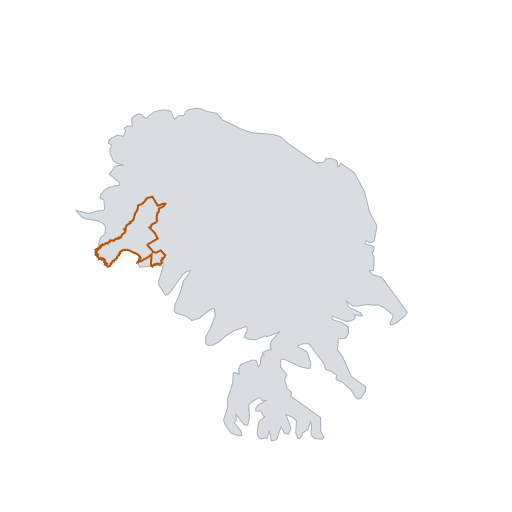 location of Norðurþing, Norðurland eystra, Iceland, rotated 232°
{"feature_id": "244011B18729557885943", "entity_name": "Norðurþing", "entity_type": "district", "adm_level": 2, "iso_a3": "ISL", "parent_name": "Iceland", "parent_adm1": "Norðurland eystra", "projection": "orthographic", "projection_center": [-16.378, 66.009], "detail": "fine", "context": "in_parent", "style": "outline", "palette": "amber", "viewbox_px": 512, "rotation_deg": 232, "n_neighbors": 0, "source": "geoboundaries", "source_scale": "gbopen_adm2", "svg_char_len": 9339}
<svg xmlns="http://www.w3.org/2000/svg" viewBox="0 0 512 512"><g transform="rotate(232 256 256)"><path d="M371.8,155.4L375.6,155.6L381.7,152.7L390.4,144.3L394.1,142.5L402.7,142.2L392.5,150.4L388.8,159.2L386.0,163.6L386.1,165.5L393.6,170.6L397.1,168.8L398.6,169.4L400.1,171.9L401.2,176.8L400.7,181.9L398.7,187.2L395.9,191.6L396.3,192.9L398.7,193.5L410.9,190.6L412.5,196.9L413.6,198.9L413.4,201.1L408.7,208.0L414.3,203.6L418.8,202.2L426.7,204.1L430.0,206.4L432.1,210.7L435.9,209.1L437.8,211.5L438.0,214.2L436.5,221.4L432.0,225.2L435.0,230.3L437.4,230.4L437.9,231.5L437.7,234.6L434.3,238.4L440.4,242.2L441.2,243.7L441.1,248.3L440.2,251.0L438.4,252.6L434.1,253.1L431.5,254.9L432.5,257.7L432.0,265.6L428.8,272.1L425.7,275.7L422.6,278.0L413.8,275.8L414.3,281.3L411.3,284.8L412.0,287.7L413.1,289.1L412.7,292.8L408.9,300.4L406.1,303.0L400.4,306.1L392.4,313.1L384.1,313.2L363.7,323.3L355.6,328.7L341.0,344.7L334.8,348.8L324.3,350.7L292.2,360.7L288.5,366.9L288.2,368.2L289.6,370.7L287.1,375.1L282.1,378.2L279.9,378.0L275.9,375.3L275.4,376.5L276.9,379.9L261.0,384.8L239.3,381.0L220.4,372.4L205.2,369.9L195.2,358.5L195.0,356.8L196.3,353.6L200.3,352.5L198.7,349.1L191.8,354.3L189.8,354.0L187.2,351.5L187.2,349.3L181.9,348.0L173.1,340.5L172.6,338.9L175.0,336.8L174.6,336.4L169.5,336.3L161.8,342.0L118.4,340.6L117.2,337.1L116.7,324.7L118.7,319.6L120.4,320.3L124.7,327.8L136.6,325.0L141.5,322.8L146.4,316.5L149.0,314.5L153.3,306.3L157.2,301.4L164.6,299.5L158.3,297.5L147.0,303.4L143.4,303.1L145.3,300.2L149.3,297.2L146.8,296.7L146.0,295.2L146.1,292.0L148.5,287.0L161.8,279.0L159.0,277.0L149.7,283.2L143.1,285.1L138.3,281.4L136.2,276.9L136.5,275.1L140.0,269.9L139.6,268.8L137.6,268.1L132.6,262.5L123.7,262.2L102.4,257.0L85.3,262.0L81.7,258.3L79.3,251.1L80.3,248.5L83.3,247.3L91.2,248.4L103.3,246.5L109.1,243.1L111.0,244.3L111.8,246.4L119.3,244.1L123.5,241.0L129.8,243.3L154.3,243.7L157.8,239.3L159.6,233.9L159.1,232.7L149.8,237.0L147.7,236.8L137.7,233.1L134.3,229.7L135.7,227.4L141.7,222.6L156.3,215.1L158.4,213.5L158.7,211.4L153.6,207.1L143.2,207.2L141.0,202.5L132.7,199.0L126.8,200.1L124.1,197.1L88.9,207.4L78.8,199.6L71.2,197.5L70.8,195.4L76.1,189.8L79.3,189.1L82.3,190.1L87.7,195.1L91.7,196.9L87.3,190.0L87.8,183.9L86.4,182.1L85.3,177.9L86.1,176.7L92.1,178.3L101.1,186.4L106.0,185.7L112.8,182.0L99.1,177.8L95.5,171.8L98.9,169.3L106.0,170.5L99.1,160.1L98.9,158.3L100.8,154.3L110.3,159.1L105.7,152.9L105.7,151.6L107.3,150.8L108.5,147.4L111.2,146.3L116.0,148.0L123.1,155.4L124.0,157.4L123.7,164.0L126.8,163.3L130.4,164.6L133.9,160.4L135.9,161.7L137.2,165.9L136.1,174.7L138.5,171.9L142.2,172.0L143.5,164.7L143.3,158.8L132.1,150.9L128.0,145.5L128.7,143.9L131.1,142.7L143.6,142.7L138.6,139.3L137.6,136.2L128.1,136.4L123.5,134.7L123.6,133.2L125.7,131.2L131.8,127.2L142.6,127.9L146.8,129.6L154.2,140.4L160.5,145.1L170.5,159.7L177.3,165.5L177.6,166.8L176.2,168.3L173.3,169.9L177.4,172.6L179.7,176.4L179.8,177.9L176.5,188.7L173.5,192.0L166.9,189.4L168.3,193.0L172.8,197.1L173.7,199.3L172.8,201.3L175.2,200.8L175.8,202.1L174.3,208.2L172.9,210.4L176.8,212.0L179.4,215.3L181.8,228.1L184.4,218.6L185.6,215.1L187.4,213.9L190.1,204.2L195.1,198.7L199.4,196.9L203.4,204.0L206.5,204.9L210.5,193.0L211.5,184.2L211.2,174.3L212.2,167.4L214.6,163.3L217.5,162.2L223.2,166.7L227.7,176.7L234.7,187.7L239.9,190.6L240.8,190.3L241.9,186.9L241.8,173.0L244.6,165.7L250.9,164.2L260.6,157.8L262.8,157.6L267.2,161.7L275.1,176.0L280.8,182.7L283.6,193.2L285.0,195.2L286.4,192.0L286.6,187.4L280.1,165.7L280.1,162.7L280.8,160.4L293.7,161.9L296.5,164.4L305.2,176.8L309.7,171.9L318.7,157.5L321.7,158.0L329.0,164.0L332.0,163.5L340.7,158.2L342.6,151.5L339.0,137.7L340.5,134.9L348.5,131.5L357.1,132.1L366.1,144.8L366.5,150.8L371.8,155.4Z" fill="#d9dde1" stroke="#a8b0b8" stroke-width="1"/><path d="M359.8,140.2L359.3,140.0L359.1,140.2L358.7,140.0L358.7,139.5L359.3,138.8L358.7,138.3L358.6,138.5L358.4,138.4L358.4,138.2L358.7,138.1L358.7,137.6L358.4,137.3L358.3,137.2L358.4,136.9L358.6,136.8L358.7,137.0L359.0,137.0L359.0,136.8L359.0,136.5L358.6,136.6L358.7,136.3L358.7,136.1L358.4,135.6L359.2,135.2L359.4,135.3L359.6,134.9L359.4,134.8L359.1,134.9L358.9,134.4L359.1,134.6L359.7,134.3L360.0,134.6L359.7,134.2L359.2,134.5L359.0,134.4L358.8,134.2L359.0,133.8L359.3,133.5L358.7,133.4L358.6,133.2L358.1,133.6L357.8,133.5L357.7,133.2L357.8,132.9L357.9,132.7L358.1,132.6L358.1,132.2L357.9,132.1L357.6,132.4L357.9,132.7L357.9,132.8L357.4,132.7L357.5,132.6L357.3,132.4L357.5,132.4L357.5,131.9L356.8,132.0L356.4,131.8L356.3,131.1L355.8,130.3L355.6,130.3L355.6,131.0L355.4,131.4L355.1,131.5L354.6,131.1L354.4,131.2L354.4,131.3L354.5,131.2L355.0,131.5L354.6,131.5L354.5,132.2L354.4,132.3L354.2,132.0L354.3,131.8L354.1,131.9L353.9,131.6L353.8,131.4L353.7,131.2L353.5,131.3L353.3,131.3L353.0,131.1L352.7,130.6L352.3,130.7L351.5,130.6L350.5,130.9L350.3,130.8L350.3,130.4L350.2,130.3L350.1,130.6L349.9,131.0L350.0,131.3L349.9,131.6L349.9,132.0L349.5,132.9L349.3,133.1L348.8,133.1L349.1,133.2L348.8,133.4L348.4,132.6L348.7,132.5L348.7,132.3L348.4,132.2L348.2,132.5L348.5,132.8L348.4,133.1L348.1,133.4L348.4,133.7L348.2,133.9L347.3,134.3L346.8,134.2L346.4,134.6L345.7,134.4L345.7,134.1L345.6,133.8L345.6,133.5L345.2,133.3L344.9,132.7L344.6,132.6L343.8,132.6L343.7,132.9L343.8,133.1L343.3,133.1L343.1,133.4L343.2,133.5L342.7,133.6L342.6,133.4L342.5,133.2L342.6,132.9L342.6,132.7L342.8,132.4L342.3,132.0L342.3,131.8L340.9,132.3L341.1,132.5L341.1,133.0L340.5,132.5L339.6,132.9L338.9,132.6L338.7,133.2L338.2,134.1L338.2,134.5L338.0,135.0L338.5,135.5L338.6,135.8L338.9,136.0L339.0,136.5L338.9,137.0L339.1,137.1L339.0,137.4L339.4,137.8L339.7,139.0L340.3,140.1L340.1,140.4L339.8,140.4L339.7,140.3L339.4,140.5L339.6,140.7L339.6,141.0L339.9,141.4L339.9,141.9L340.1,142.2L340.1,142.5L339.7,143.1L340.0,143.2L340.2,143.6L340.0,144.0L340.0,144.3L339.9,144.7L340.0,144.9L340.0,145.3L340.7,145.9L340.7,146.4L341.0,146.7L340.9,147.1L341.1,147.6L341.1,148.2L341.0,148.4L341.3,148.6L341.2,149.0L341.3,149.2L341.8,149.3L342.0,149.9L342.4,150.2L342.4,150.6L342.2,150.8L342.6,151.1L343.0,151.5L342.9,152.4L342.6,152.8L342.6,153.2L342.7,154.2L342.7,154.5L342.2,155.5L341.8,156.0L341.3,156.3L341.3,156.6L341.4,156.8L340.2,158.3L338.0,159.8L333.3,161.9L331.7,163.0L329.9,163.7L328.0,164.2L325.8,164.0L325.4,163.8L325.3,163.6L325.4,163.1L325.4,162.7L324.4,161.2L324.5,160.9L324.1,159.4L324.2,159.2L323.9,158.6L322.7,162.5L322.0,167.4L321.6,168.6L321.6,174.8L314.4,168.3L313.8,168.2L313.7,167.9L313.0,167.5L312.4,167.4L311.6,167.7L312.0,168.3L311.9,168.7L311.9,168.8L311.8,169.2L311.5,169.7L311.7,170.1L311.6,170.4L312.1,170.1L312.2,170.3L312.2,170.7L311.8,171.3L310.9,172.0L311.0,172.3L310.7,172.8L311.0,173.1L310.9,173.5L309.9,174.1L309.8,174.6L308.4,175.0L308.6,177.5L308.5,177.9L310.8,178.3L310.9,179.0L311.1,179.3L311.2,179.8L310.8,180.4L311.3,180.6L311.3,180.3L312.0,180.7L311.7,181.2L311.7,181.4L311.4,181.8L311.5,182.2L311.3,182.7L312.0,183.9L312.3,184.2L312.4,184.6L312.4,184.8L312.5,185.1L314.2,184.7L319.2,184.3L320.1,179.2L322.7,177.4L324.5,177.6L331.4,177.1L331.8,178.5L331.3,180.9L331.1,183.1L330.5,186.9L330.3,189.4L332.5,189.6L336.2,190.4L344.1,189.5L343.9,190.0L344.1,190.4L344.1,191.0L343.8,191.6L344.8,192.6L344.9,193.5L344.8,194.7L344.1,197.0L344.4,199.2L344.8,199.9L345.8,200.2L346.4,200.8L348.7,202.3L349.0,203.1L349.3,203.6L350.2,204.1L350.3,204.9L350.8,205.2L350.8,205.4L350.6,206.4L351.1,207.1L353.1,208.6L353.1,209.2L352.9,210.1L352.2,211.7L352.2,212.1L352.3,213.1L352.1,214.5L352.5,215.0L352.5,215.8L353.0,216.7L354.3,215.1L356.1,209.5L366.5,210.9L368.2,206.9L368.4,206.6L368.6,205.9L368.6,205.3L368.5,204.9L368.6,204.4L368.3,203.6L368.0,203.3L367.4,201.4L367.5,200.5L367.3,200.0L367.4,199.6L367.2,199.2L367.3,197.8L368.5,193.9L366.9,192.9L366.2,192.0L364.8,189.7L364.3,187.8L364.0,186.7L362.8,185.5L362.5,184.8L361.6,183.9L360.6,182.3L359.9,181.6L360.0,181.4L360.0,180.4L359.8,180.0L359.9,179.9L359.8,179.5L359.9,179.2L360.1,178.2L360.0,177.9L360.3,177.7L360.4,177.4L360.1,177.3L359.8,177.1L359.5,176.9L359.3,177.2L359.2,177.2L359.9,173.0L358.2,170.3L358.3,169.0L357.8,169.3L357.4,169.4L357.3,169.0L357.2,169.0L357.2,168.7L356.6,169.0L356.3,168.6L355.9,168.3L356.0,168.2L355.9,168.0L355.7,167.9L355.2,166.7L355.3,163.4L353.9,161.6L354.1,161.3L354.0,160.8L353.9,160.7L354.3,160.3L354.2,160.1L354.3,160.0L354.1,160.0L354.1,159.7L354.3,159.3L354.1,159.3L354.1,159.2L354.3,158.9L354.4,159.1L354.8,159.0L354.8,158.8L354.6,158.7L354.8,158.5L354.7,158.3L354.8,158.2L354.7,158.0L354.8,157.7L354.7,157.6L355.1,157.1L355.6,156.8L355.7,156.4L355.6,156.2L355.8,156.0L355.7,155.8L355.8,155.7L355.8,155.3L355.9,154.9L355.8,154.7L356.0,154.5L355.9,154.2L355.5,153.7L355.4,153.3L355.9,152.9L356.3,152.8L356.6,152.5L356.6,152.4L356.9,152.2L357.1,151.7L357.3,151.6L357.4,151.2L358.2,150.7L358.2,150.4L357.4,149.4L357.5,149.4L357.6,149.0L357.4,148.8L357.4,148.3L357.7,147.7L357.6,147.4L357.4,147.1L357.5,147.1L357.5,146.8L357.6,146.6L358.4,146.0L358.8,145.2L358.6,144.8L358.2,144.4L358.4,143.9L358.4,143.4L358.8,142.6L358.8,142.4L359.2,142.3L359.0,142.1L359.1,141.9L359.8,141.3L359.7,140.9L359.9,140.4L359.8,140.2ZM353.1,130.6L352.9,130.6L353.3,130.8L353.2,130.9L353.3,131.0L353.7,131.0L353.1,130.6ZM343.5,132.5L343.1,132.5L343.5,132.5ZM354.3,131.6L354.4,131.4L354.1,131.5L354.3,131.6ZM354.0,131.4L353.8,131.1L353.9,131.4L354.0,131.4ZM339.8,142.7L339.7,142.7L339.8,142.7Z" fill="none" stroke="#b45309" stroke-width="2"/></g></svg>